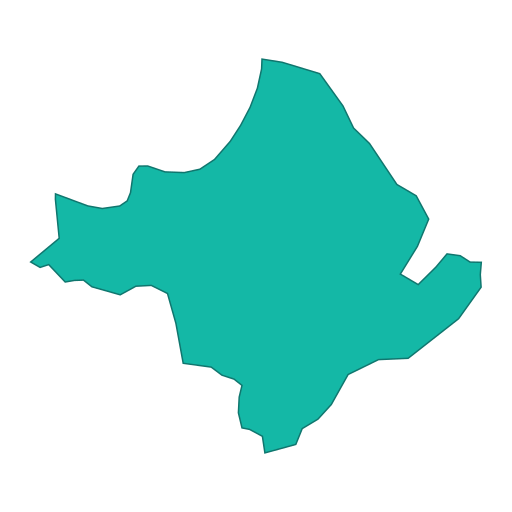 SVG path tracing the border of Ngozi
{"feature_id": "BDI-2642", "entity_name": "Ngozi", "entity_type": "Province", "adm_level": 1, "iso_a3": "BDI", "parent_name": "Burundi", "parent_adm1": "", "projection": "robinson", "projection_center": [29.883, -2.862], "detail": "fine", "context": "isolated", "style": "filled", "palette": "teal", "viewbox_px": 512, "rotation_deg": 0, "n_neighbors": 0, "source": "natural_earth", "source_scale": "10m", "svg_char_len": 979}
<svg xmlns="http://www.w3.org/2000/svg" viewBox="0 0 512 512"><path d="M184.3,172.6L199.9,169.2L214.5,159.5L230.3,141.3L240.6,125.4L250.1,107.3L257.4,88.2L261.6,68.9L262.0,59.1L282.2,62.3L319.8,73.7L343.0,106.0L353.6,128.1L369.5,143.5L396.9,184.5L416.2,195.8L428.7,219.1L417.4,246.4L400.3,274.1L418.2,284.6L436.0,267.0L447.0,253.9L460.2,255.7L470.1,262.1L481.3,262.3L480.3,274.6L481.1,287.2L458.6,318.7L408.1,358.3L378.5,359.6L348.1,374.5L331.3,404.5L318.0,419.1L302.2,428.6L295.8,444.4L264.9,452.9L262.4,436.3L249.6,429.4L242.0,427.9L238.4,412.8L239.2,397.1L242.0,385.4L234.0,379.1L222.0,375.2L211.2,367.1L183.2,363.3L175.9,323.3L167.5,293.5L151.3,285.4L135.9,286.2L120.2,294.8L91.9,286.8L83.5,280.1L74.5,280.4L65.2,282.0L48.7,264.6L40.1,267.4L30.7,262.0L59.2,238.3L55.4,199.3L55.5,194.0L55.5,193.9L87.7,205.9L102.3,208.5L119.7,206.0L127.2,200.9L130.5,192.7L133.1,174.3L138.9,166.1L147.7,166.0L165.0,171.9L184.3,172.6Z" fill="#14b8a6" stroke="#0f766e" stroke-width="1.5"/></svg>